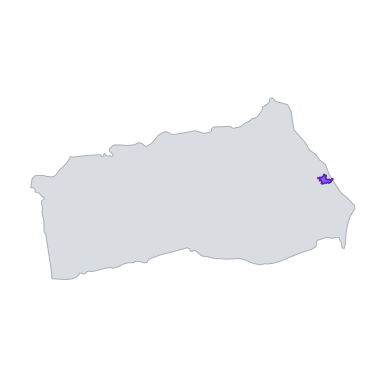 location of Abura-asebu-kwamankese, Central, Ghana, rotated 262°
{"feature_id": "2480657B30493820921", "entity_name": "Abura-asebu-kwamankese", "entity_type": "district", "adm_level": 2, "iso_a3": "GHA", "parent_name": "Ghana", "parent_adm1": "Central", "projection": "equal_earth", "projection_center": [-1.222, 5.267], "detail": "fine", "context": "in_parent", "style": "filled", "palette": "violet", "viewbox_px": 384, "rotation_deg": 262, "n_neighbors": 0, "source": "geoboundaries", "source_scale": "gbopen_adm2", "svg_char_len": 5358}
<svg xmlns="http://www.w3.org/2000/svg" viewBox="0 0 384 384"><g transform="rotate(262 192 192)"><path d="M227.2,35.4L229.6,38.4L230.1,40.1L229.2,46.5L227.5,51.0L226.4,55.2L226.6,57.3L227.6,59.4L231.2,62.7L233.0,64.9L235.2,68.1L237.7,71.3L242.0,75.5L243.8,76.2L243.7,77.4L243.1,78.9L242.8,94.4L242.4,98.4L242.1,100.4L241.7,106.1L241.3,107.0L240.5,106.9L239.7,107.1L239.6,108.3L239.9,109.4L242.4,110.3L241.9,111.2L240.0,111.9L239.1,113.7L239.5,115.7L238.4,117.3L238.7,118.3L239.4,119.1L240.5,118.8L243.5,116.2L244.8,115.9L246.3,116.4L249.2,120.5L249.3,122.5L248.2,129.3L247.0,134.5L246.8,141.5L248.1,145.5L247.9,147.6L246.6,149.5L243.6,152.2L243.8,154.1L245.2,157.5L247.7,161.3L252.6,166.1L255.2,172.3L255.3,174.8L253.8,177.3L252.0,179.5L251.4,182.7L252.3,203.4L248.4,212.4L248.4,215.0L248.8,218.0L249.8,219.8L251.8,220.3L253.4,222.1L252.8,228.4L252.0,234.8L251.9,238.0L251.4,239.4L249.8,240.7L249.3,242.7L249.7,245.2L249.4,247.1L250.2,249.5L252.0,252.5L254.9,259.9L255.9,260.5L256.4,262.1L256.1,263.6L257.2,266.9L260.4,270.2L263.7,273.1L266.4,273.5L267.1,276.1L268.8,279.3L270.1,280.8L272.1,281.7L273.8,282.2L273.9,285.0L270.9,286.9L268.9,289.7L267.3,294.1L265.1,298.9L257.7,301.4L254.9,301.4L239.6,301.5L225.3,310.9L217.1,314.3L212.1,319.6L205.3,323.4L200.5,328.0L190.7,330.2L174.5,337.4L169.4,340.2L164.3,345.2L156.0,351.1L152.7,351.0L146.2,345.5L141.3,342.8L129.3,338.6L120.3,337.0L116.0,335.2L114.8,334.8L115.8,332.9L118.3,332.7L120.9,333.3L122.9,331.8L125.8,331.6L126.6,330.1L126.8,326.1L126.8,322.9L127.8,321.5L128.1,317.7L126.7,309.4L125.7,308.4L120.4,307.2L120.1,305.6L119.1,303.8L118.1,299.5L117.0,293.1L115.2,285.2L111.7,272.1L110.8,267.5L110.2,262.8L110.1,257.1L110.8,255.0L110.7,252.1L110.4,249.2L112.9,242.6L117.7,234.4L118.8,231.5L119.7,229.5L119.8,226.5L120.7,217.0L123.0,205.6L124.5,201.2L125.5,198.9L126.6,195.1L127.0,193.3L131.4,188.8L133.5,187.6L133.9,185.8L133.2,183.9L133.5,182.6L134.6,181.9L136.3,181.4L137.4,179.5L135.6,165.4L134.1,151.4L134.0,150.2L133.1,148.2L132.2,142.4L130.7,139.0L128.6,138.0L128.6,134.8L130.8,129.4L131.3,126.2L130.3,125.3L130.2,122.8L130.9,118.8L130.5,116.4L130.2,113.8L128.0,107.6L127.4,103.3L128.6,100.7L128.5,95.1L127.4,86.5L127.2,81.1L128.0,78.9L127.6,76.7L126.0,74.7L125.9,72.7L127.3,70.7L127.1,69.2L125.4,68.1L123.9,65.5L122.6,61.3L122.9,54.6L125.4,42.3L125.7,41.2L128.6,41.3L128.6,41.8L137.5,41.7L147.7,41.6L159.9,41.4L170.9,41.3L171.4,40.7L173.3,40.0L184.4,41.3L191.4,40.6L194.4,41.1L196.5,41.9L201.4,41.4L204.0,41.7L205.9,44.8L206.7,44.7L207.8,43.4L209.7,42.0L211.7,40.8L213.1,38.4L213.9,36.5L215.2,36.9L217.0,36.8L218.2,35.3L218.7,32.9L227.2,35.4Z" fill="#d9dde1" stroke="#a8b0b8" stroke-width="1"/><path d="M188.5,318.5L188.3,318.5L188.1,318.6L187.9,318.7L187.9,318.9L187.9,319.0L187.8,319.3L187.7,319.4L187.8,319.7L187.7,319.7L187.6,319.8L187.4,319.9L187.4,320.0L187.6,320.2L187.6,320.3L187.5,320.5L187.4,320.4L187.3,320.2L187.2,320.2L187.0,320.3L186.8,320.2L186.6,320.4L186.6,320.5L186.4,320.7L186.4,320.3L186.2,320.1L185.9,320.1L185.7,320.1L185.4,320.0L185.4,320.6L185.4,321.3L185.2,321.4L185.2,321.5L184.9,321.5L184.6,321.6L184.5,321.8L184.4,321.9L184.1,321.8L183.8,321.8L183.7,322.1L183.8,322.1L183.6,322.2L183.4,322.2L183.2,322.2L182.9,322.3L182.7,322.3L182.6,322.2L182.4,321.9L182.5,321.8L182.6,321.7L182.5,321.4L182.4,321.3L182.3,321.5L182.2,321.5L182.1,321.8L181.9,322.1L182.0,322.3L182.0,322.5L182.0,322.9L181.9,323.1L181.9,323.5L182.0,323.8L182.0,324.0L182.2,324.3L182.2,324.5L182.4,324.7L182.4,324.8L182.4,325.1L182.5,325.2L182.4,325.4L182.2,325.5L182.1,325.9L182.1,326.0L182.1,326.3L182.2,326.5L182.3,326.7L182.3,326.8L182.5,326.9L182.6,327.0L182.6,327.3L182.5,327.5L182.5,327.8L182.6,328.0L182.6,328.3L182.4,328.4L182.2,328.3L182.1,328.5L181.8,328.6L181.7,328.7L181.6,328.8L181.7,329.0L181.9,329.1L182.1,329.1L182.1,329.3L182.3,329.5L182.4,329.8L182.4,330.0L182.5,330.0L182.6,330.3L182.6,330.5L182.7,330.8L182.5,330.7L182.4,330.8L182.5,330.9L182.6,331.0L182.8,331.2L182.9,331.3L183.0,331.3L183.1,331.2L183.3,331.2L183.4,331.3L183.5,331.4L184.0,331.4L184.0,331.5L184.0,331.8L184.2,332.1L184.2,332.5L184.4,332.6L184.5,332.7L184.8,332.5L185.0,332.6L185.0,332.9L185.1,333.1L185.2,333.3L185.5,333.3L185.7,332.9L185.7,332.7L185.6,332.4L185.4,332.2L185.2,332.1L185.2,331.9L184.9,331.6L184.8,331.4L184.7,331.3L184.6,331.1L184.7,330.9L184.4,330.8L184.4,330.5L184.5,330.4L184.8,330.2L185.0,330.0L185.2,329.7L185.3,329.6L185.5,329.6L185.5,329.4L185.4,329.4L185.4,329.2L185.4,328.9L185.3,328.7L185.4,328.4L185.2,328.1L185.3,327.9L185.5,327.8L185.6,327.7L185.7,327.4L185.8,327.3L185.9,327.2L185.9,326.8L186.0,326.8L186.1,326.7L186.1,326.4L186.6,326.4L186.8,326.3L187.0,326.5L187.4,326.6L187.5,326.5L187.8,326.5L188.0,326.4L188.1,326.5L188.3,326.5L188.6,326.7L188.7,326.8L188.8,327.0L189.0,327.2L189.3,327.1L189.5,327.1L189.8,327.0L189.8,326.9L189.8,326.7L189.9,326.4L189.9,326.0L190.0,325.9L189.9,325.7L190.0,325.7L190.4,325.6L190.5,325.7L190.8,325.8L190.9,325.7L191.1,325.2L190.7,324.9L190.4,324.7L189.9,324.5L189.7,324.4L189.6,324.2L189.4,324.0L189.1,323.8L189.1,323.7L188.9,323.6L188.7,323.3L188.7,323.2L188.6,322.9L188.6,322.6L188.5,322.4L188.5,322.2L188.4,322.2L188.3,321.7L188.6,321.0L188.6,320.9L188.8,320.8L188.7,320.8L188.8,320.6L188.7,320.5L188.3,320.5L188.2,320.5L188.0,320.3L188.0,320.1L188.1,319.9L188.5,318.9L188.5,318.5Z" fill="#8b5cf6" stroke="#5b21b6" stroke-width="1.5"/></g></svg>